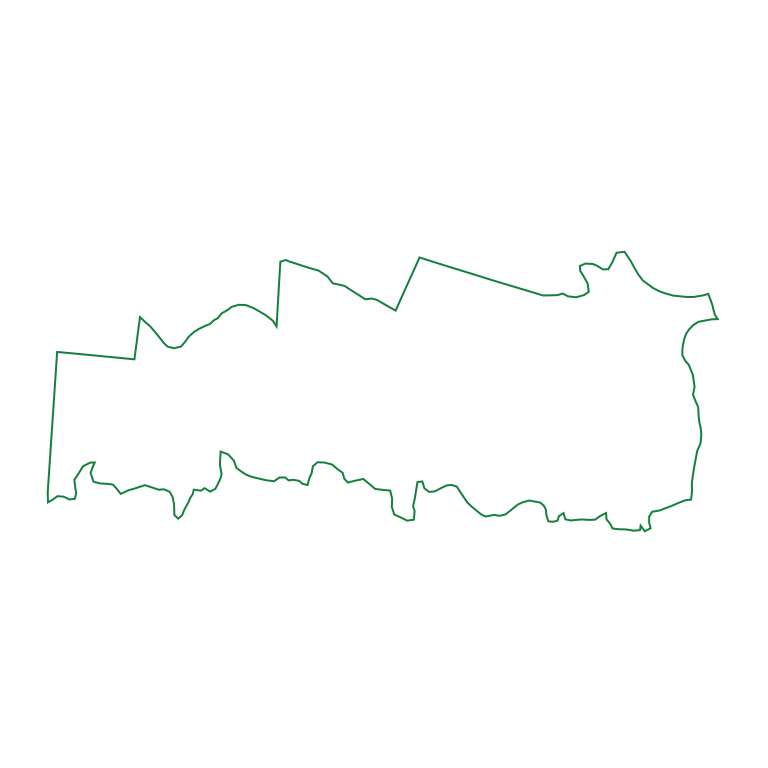 the district of Rosário, Maranhão, Brazil, rotated 94°
{"feature_id": "56859067B87661364521174", "entity_name": "Rosário", "entity_type": "district", "adm_level": 2, "iso_a3": "BRA", "parent_name": "Brazil", "parent_adm1": "Maranhão", "projection": "orthographic", "projection_center": [-44.19, -2.972], "detail": "fine", "context": "isolated", "style": "outline", "palette": "green", "viewbox_px": 768, "rotation_deg": 94, "n_neighbors": 0, "source": "geoboundaries", "source_scale": "gbopen_adm2", "svg_char_len": 3373}
<svg xmlns="http://www.w3.org/2000/svg" viewBox="0 0 768 768"><g transform="rotate(94 384 384)"><path d="M477.9,69.7L470.9,69.2L461.2,70.0L453.9,69.5L445.3,68.8L436.0,67.7L429.1,66.9L421.0,64.1L412.6,63.9L405.3,65.1L400.7,66.6L394.5,67.8L385.0,69.0L379.1,72.2L373.2,75.0L365.2,74.0L358.9,75.3L353.5,76.5L348.0,79.2L343.6,81.3L340.0,85.0L334.4,88.4L329.8,88.7L325.3,88.6L319.0,87.8L313.0,86.2L308.3,83.5L303.7,79.6L300.0,74.6L298.2,67.8L296.6,61.5L296.0,55.7L292.1,58.6L287.7,60.3L282.9,61.7L278.7,63.5L271.5,66.8L273.5,72.4L275.6,81.3L276.1,87.5L275.6,102.0L273.8,110.5L272.1,116.2L269.6,122.1L265.7,128.3L262.8,132.9L257.3,137.7L250.8,142.2L243.8,146.7L235.3,153.3L236.9,161.2L247.1,164.9L253.9,168.3L254.4,173.6L251.2,179.7L249.7,184.0L249.8,191.5L252.6,196.8L257.5,196.1L261.9,192.9L269.4,187.9L277.8,186.2L281.3,190.6L284.1,198.3L283.7,206.5L281.3,212.1L283.2,217.0L283.9,223.7L284.6,231.4L272.7,284.1L269.8,296.2L265.0,316.7L262.6,327.1L258.2,345.5L255.3,357.4L263.3,360.3L269.3,362.5L290.7,370.5L310.0,377.5L300.5,397.3L299.6,402.0L300.8,408.5L288.8,430.5L287.1,442.1L280.6,448.0L275.2,457.7L274.4,462.3L273.0,468.5L271.0,476.6L269.8,481.2L268.7,486.0L267.2,490.8L269.2,495.9L291.1,495.7L334.0,495.2L328.6,499.3L323.5,507.0L319.7,514.6L317.2,519.9L314.9,527.4L315.1,534.4L317.8,541.5L321.2,545.3L324.8,550.8L329.8,554.3L332.3,558.2L336.3,561.8L339.0,567.3L341.9,572.4L345.4,577.2L350.4,582.1L354.7,584.6L360.8,589.1L363.0,596.1L361.8,602.5L358.1,606.9L353.0,611.4L342.9,621.1L339.1,626.2L334.3,632.1L376.8,634.7L375.3,691.6L375.1,700.1L374.8,712.3L408.4,712.2L516.1,711.9L525.5,710.9L522.5,706.4L518.7,702.0L518.7,695.9L521.1,689.9L520.2,684.5L514.4,683.4L508.8,684.8L501.3,686.2L494.1,682.2L487.0,678.5L482.9,671.5L482.5,667.1L487.5,668.9L493.3,670.5L501.8,666.9L503.0,660.5L502.9,653.1L503.2,647.5L507.3,643.2L512.0,639.0L508.1,632.1L505.4,624.8L501.6,615.5L503.2,609.0L505.2,601.3L504.4,596.2L506.4,590.4L511.2,587.1L518.9,585.0L529.3,584.0L532.7,579.9L529.1,576.3L523.1,574.3L515.3,570.7L511.0,569.3L507.1,567.1L502.7,566.4L503.2,559.1L500.4,555.7L503.5,549.9L500.3,544.9L496.2,543.1L490.2,540.7L485.3,539.7L476.8,541.9L471.4,542.2L462.8,542.2L465.0,534.7L470.9,528.4L477.9,525.4L481.3,520.2L484.1,515.1L485.9,509.2L488.2,495.1L488.7,486.9L484.6,481.8L484.1,476.1L486.8,472.4L485.9,467.9L486.5,462.0L489.2,458.4L490.2,453.3L483.0,451.8L478.1,450.0L471.1,449.2L466.7,444.9L466.5,437.8L468.0,430.0L472.5,424.0L475.4,419.1L481.3,417.0L484.8,413.1L482.5,406.1L480.2,398.1L484.8,391.5L489.3,385.5L489.7,377.7L489.9,370.4L497.7,367.9L506.1,367.6L513.4,364.7L516.5,356.6L518.7,351.4L517.3,344.8L508.6,344.6L503.8,346.5L496.4,345.3L479.6,343.8L478.5,339.0L485.3,336.4L488.5,331.4L487.6,325.9L483.9,319.9L480.8,314.4L480.0,309.7L481.3,304.2L485.4,301.2L490.9,296.9L496.5,292.5L500.1,288.1L504.4,282.1L507.6,277.5L509.1,273.3L506.9,265.2L507.4,259.5L505.7,253.8L500.8,248.4L495.0,242.2L492.1,237.0L490.1,230.8L491.4,219.9L494.1,216.2L497.9,213.8L503.5,212.8L509.5,210.5L509.7,206.1L508.3,201.5L503.5,200.2L500.3,195.9L506.3,193.7L507.1,188.4L505.4,178.0L505.2,169.3L504.6,164.0L500.6,159.1L497.2,153.5L503.5,152.6L507.2,149.0L512.2,145.8L512.5,139.4L512.2,132.0L512.9,124.4L511.9,118.4L507.4,118.1L512.7,113.6L509.3,108.0L503.5,109.9L497.7,110.2L492.7,107.5L491.0,100.5L485.8,89.1L481.3,80.4L478.8,74.8L477.9,69.7Z" fill="none" stroke="#15803d" stroke-width="2"/></g></svg>